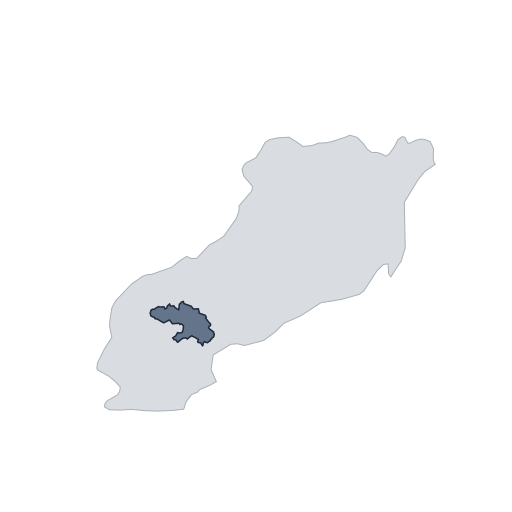 location of Mirditë, Lezhë, Albania, rotated 238°
{"feature_id": "67620474B99888539945274", "entity_name": "Mirditë", "entity_type": "district", "adm_level": 2, "iso_a3": "ALB", "parent_name": "Albania", "parent_adm1": "Lezhë", "projection": "orthographic", "projection_center": [19.989, 41.852], "detail": "fine", "context": "in_parent", "style": "filled", "palette": "slate", "viewbox_px": 512, "rotation_deg": 238, "n_neighbors": 0, "source": "geoboundaries", "source_scale": "gbopen_adm2", "svg_char_len": 3009}
<svg xmlns="http://www.w3.org/2000/svg" viewBox="0 0 512 512"><g transform="rotate(238 256 256)"><path d="M170.5,155.8L170.8,148.9L172.5,137.9L171.6,134.2L172.6,128.0L169.5,119.6L164.4,113.5L169.5,102.9L176.8,90.0L183.7,79.8L191.9,69.2L197.4,59.0L203.2,50.3L208.3,47.6L210.7,49.5L212.1,53.3L211.7,64.7L213.4,68.6L216.9,71.5L224.2,70.1L232.4,67.3L243.3,61.3L245.2,61.6L249.2,64.8L257.7,78.5L263.4,90.6L274.5,94.8L280.7,99.5L288.7,106.6L292.6,113.8L298.2,135.8L298.9,149.1L297.3,155.2L296.0,156.8L291.1,178.5L292.4,189.6L292.4,196.9L288.2,199.8L285.4,204.4L290.1,222.4L289.6,230.1L289.8,239.0L298.2,259.1L303.1,265.3L307.5,268.2L313.3,286.7L316.6,289.9L330.2,288.0L336.9,290.0L339.6,294.4L340.2,297.4L339.4,307.8L342.9,315.7L347.5,323.9L347.6,328.9L344.6,337.2L339.3,346.9L332.0,350.6L324.1,353.8L320.3,361.3L318.4,369.3L314.9,375.2L312.7,381.6L309.4,394.8L308.7,399.6L303.2,404.5L294.8,406.5L287.3,407.0L282.2,409.2L279.6,413.7L274.8,417.4L271.9,419.0L271.9,423.0L275.4,431.4L279.5,438.2L279.6,443.6L277.6,445.1L271.4,444.5L270.1,446.5L269.5,452.6L267.8,457.8L265.3,460.9L260.8,464.4L252.7,463.3L245.1,458.1L241.1,456.5L238.8,456.7L238.2,443.9L234.9,434.0L222.9,410.2L183.9,386.9L174.7,376.4L170.8,367.6L166.8,359.3L170.7,359.1L174.5,361.2L179.3,363.8L181.3,359.7L179.3,350.6L169.4,329.4L168.7,323.6L173.7,306.0L182.0,286.2L181.6,262.1L184.2,244.0L181.5,232.2L180.3,217.7L186.3,198.6L191.4,193.8L194.5,187.8L194.8,167.3L183.5,157.7L170.5,155.8Z" fill="#d9dde1" stroke="#a8b0b8" stroke-width="1"/><path d="M249.6,141.5L248.2,142.4L248.0,144.6L247.6,148.7L242.9,149.2L239.6,155.2L239.1,155.2L238.6,155.2L238.2,155.2L238.1,155.7L238.1,156.0L238.0,156.8L235.2,157.5L231.7,154.8L230.4,153.0L231.0,150.4L232.6,148.9L230.8,145.6L230.7,142.0L230.1,142.0L229.5,142.1L228.5,142.1L228.0,142.8L227.6,143.2L227.3,143.6L226.7,143.6L224.5,143.7L224.3,144.6L224.8,147.3L225.0,150.5L224.4,151.8L223.8,153.0L222.0,153.8L222.3,155.9L222.4,159.4L221.5,159.6L220.1,160.6L218.6,161.5L216.9,162.2L215.9,163.0L215.0,162.2L214.3,161.1L213.3,161.1L211.7,163.0L208.3,163.0L208.4,163.7L209.5,164.7L210.5,165.8L210.7,167.0L209.8,167.3L208.3,168.7L208.4,172.5L209.2,173.1L209.2,174.7L209.8,175.6L209.8,177.1L210.4,177.8L211.2,178.7L212.0,179.3L213.3,179.2L214.0,179.8L218.7,178.0L220.3,177.8L221.2,178.8L221.1,180.4L222.0,181.3L223.4,181.3L224.8,180.9L230.1,180.4L230.6,181.5L232.6,181.6L233.5,180.8L237.8,177.5L239.0,178.3L241.8,179.1L244.1,174.9L247.8,174.4L253.8,169.7L255.9,170.3L256.5,168.1L255.8,167.1L255.8,165.5L251.4,162.0L252.8,161.1L255.3,160.0L257.5,159.9L258.0,158.4L258.8,157.0L261.1,157.3L260.6,154.4L259.2,152.6L259.3,150.7L260.4,150.9L261.4,151.1L261.8,150.7L262.2,150.2L262.6,149.7L263.3,147.8L264.8,146.5L264.9,144.1L264.7,141.4L265.6,140.3L265.7,140.1L265.6,139.8L265.8,138.4L265.4,137.9L264.7,137.2L263.6,135.9L262.8,135.7L261.8,135.4L261.0,135.1L260.1,135.6L259.4,135.9L257.9,137.2L256.2,137.2L254.7,139.0L253.8,139.4L252.1,140.2L251.1,140.7L249.6,141.5Z" fill="#64748b" stroke="#1e293b" stroke-width="1.5"/></g></svg>